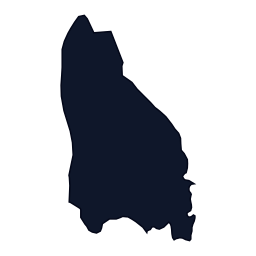 Daro, Sarawak, Malaysia (Natural Earth projection)
{"feature_id": "92858781B64296283519727", "entity_name": "Daro", "entity_type": "district", "adm_level": 2, "iso_a3": "MYS", "parent_name": "Malaysia", "parent_adm1": "Sarawak", "projection": "natural_earth1", "projection_center": [111.483, 2.563], "detail": "fine", "context": "isolated", "style": "filled", "palette": "ink", "viewbox_px": 256, "rotation_deg": 0, "n_neighbors": 0, "source": "geoboundaries", "source_scale": "gbopen_adm2", "svg_char_len": 1591}
<svg xmlns="http://www.w3.org/2000/svg" viewBox="0 0 256 256"><path d="M182.5,238.0L185.7,239.6L189.6,240.6L190.8,239.1L190.8,235.2L191.9,231.0L191.9,227.4L192.8,224.2L194.2,221.0L194.9,217.9L194.9,215.9L193.4,215.0L191.6,216.5L190.1,217.1L188.3,216.9L187.1,215.2L187.0,212.8L190.6,210.5L191.5,207.5L191.3,204.8L190.7,202.0L190.2,199.1L190.7,196.3L191.2,194.3L190.6,193.0L189.2,191.3L188.9,189.7L188.9,188.0L189.5,186.1L191.3,184.2L194.1,183.8L188.9,180.6L186.4,180.2L184.7,179.8L183.7,178.7L182.8,177.2L182.5,176.1L184.7,173.3L186.1,172.7L187.3,167.9L187.5,163.6L187.3,159.5L184.2,153.7L181.2,150.2L180.7,143.7L180.5,138.2L178.6,133.3L174.8,129.0L171.7,124.3L165.8,116.7L159.7,111.2L154.8,107.4L151.0,103.1L142.5,94.6L137.1,89.2L131.9,82.4L122.2,75.6L121.8,66.0L122.9,62.6L110.8,31.5L93.8,32.8L87.2,18.8L84.3,15.4L78.7,16.6L74.7,22.2L71.0,28.1L68.1,33.2L64.4,41.3L62.2,49.4L62.2,67.3L61.8,74.9L61.1,85.2L61.4,96.2L64.0,110.7L66.9,120.1L70.3,131.1L72.5,142.6L73.2,155.0L69.0,175.3L69.4,177.4L69.9,185.7L69.2,202.0L70.3,202.3L76.6,206.2L80.4,208.6L80.8,210.1L80.8,214.0L80.8,217.4L85.1,224.2L86.8,226.2L88.9,230.1L92.2,232.0L96.5,233.0L100.3,231.1L101.5,228.1L102.4,223.7L109.5,218.9L112.9,218.9L116.3,218.9L120.5,217.4L122.6,216.4L128.1,216.9L132.3,219.3L136.1,221.8L139.1,224.2L142.9,227.2L146.8,232.5L147.1,230.9L148.9,230.0L150.3,229.5L151.9,227.0L154.2,226.7L156.5,228.4L159.3,229.1L163.8,227.0L167.0,223.9L168.7,222.2L170.3,223.6L171.2,226.0L171.7,229.5L172.0,234.0L172.7,237.7L174.1,239.8L175.9,238.7L179.8,237.7L182.5,238.0Z" fill="#0f172a" stroke="#020617" stroke-width="1.5"/></svg>